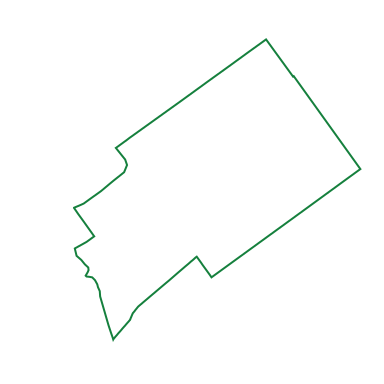 Al Malha, North Darfur, Sudan, rotated 54°
{"feature_id": "16777658B62126851922243", "entity_name": "Al Malha", "entity_type": "district", "adm_level": 2, "iso_a3": "SDN", "parent_name": "Sudan", "parent_adm1": "North Darfur", "projection": "robinson", "projection_center": [26.533, 17.176], "detail": "fine", "context": "isolated", "style": "outline", "palette": "green", "viewbox_px": 384, "rotation_deg": 54, "n_neighbors": 0, "source": "geoboundaries", "source_scale": "gbopen_adm2", "svg_char_len": 2256}
<svg xmlns="http://www.w3.org/2000/svg" viewBox="0 0 384 384"><g transform="rotate(54 192 192)"><path d="M272.5,110.6L272.4,57.3L272.4,57.0L272.4,42.3L158.1,41.6L158.1,42.4L112.1,42.4L112.0,63.4L112.0,65.7L112.0,91.7L111.9,113.9L111.9,145.8L111.5,210.9L111.6,213.8L111.6,227.7L126.5,227.0L132.0,228.7L136.1,235.3L136.7,248.8L137.0,253.6L137.8,265.2L137.8,265.4L137.8,265.6L137.7,276.6L137.7,281.6L137.7,283.9L137.7,286.4L137.0,289.8L136.6,291.6L135.9,294.5L135.7,295.4L135.4,296.7L135.5,296.8L142.9,297.0L144.6,297.0L151.4,297.0L162.1,297.1L170.4,297.2L170.4,297.4L170.4,306.7L168.8,319.8L168.8,320.0L172.9,321.7L175.8,322.9L181.9,321.5L187.5,321.2L192.1,320.3L194.4,321.6L195.6,323.6L197.2,327.2L198.4,327.0L200.1,325.1L202.4,322.9L203.7,322.7L206.3,322.3L211.0,322.9L213.7,324.0L218.0,324.9L222.5,327.7L250.8,337.9L259.3,340.6L263.0,341.7L265.0,342.4L264.9,342.2L264.8,341.7L264.7,341.6L264.5,340.7L264.3,339.9L264.0,338.8L263.9,338.3L263.6,336.9L263.1,335.0L262.9,334.2L262.6,332.6L262.3,331.3L261.8,329.3L261.6,328.6L261.1,326.3L261.0,326.0L260.9,325.3L260.8,324.8L260.5,323.7L260.3,322.9L260.2,322.4L259.8,320.7L259.5,319.2L259.4,318.9L259.2,318.1L259.1,317.7L259.1,317.4L258.9,317.2L258.7,316.8L258.7,316.7L258.4,316.4L258.1,315.8L258.0,315.7L257.9,315.5L257.8,315.4L257.7,315.2L257.6,314.9L257.2,314.4L257.0,314.0L256.7,313.5L256.6,313.4L256.4,313.0L256.0,312.4L255.9,312.1L255.5,311.6L255.4,311.3L255.3,311.2L255.2,310.9L255.1,310.5L255.1,310.2L255.0,309.9L254.9,309.6L254.6,308.3L254.5,308.1L254.3,307.5L254.1,306.8L253.8,305.6L253.3,303.8L253.1,303.0L253.1,302.9L253.0,302.4L253.0,301.8L252.9,301.2L252.9,300.4L252.8,299.9L252.8,299.6L252.8,299.3L252.8,298.9L252.6,296.9L251.9,287.7L250.7,271.5L250.3,266.0L250.1,262.8L249.1,251.4L248.4,242.7L248.3,241.6L248.0,237.2L247.7,234.2L247.6,233.3L247.6,233.2L247.6,232.4L247.5,231.1L247.4,230.0L247.4,229.9L247.2,228.7L247.2,228.4L247.2,228.2L247.1,227.5L247.1,227.3L247.1,226.9L247.1,226.5L247.1,226.4L247.1,226.2L247.3,226.2L247.5,226.2L247.9,226.2L248.3,226.2L248.5,226.2L249.7,226.2L252.7,226.2L253.6,226.2L254.5,226.2L257.1,226.3L260.2,226.3L261.5,226.3L263.0,226.3L264.8,226.3L268.6,226.3L269.6,226.3L272.5,226.4L272.5,226.1L272.5,110.6Z" fill="none" stroke="#15803d" stroke-width="2"/></g></svg>